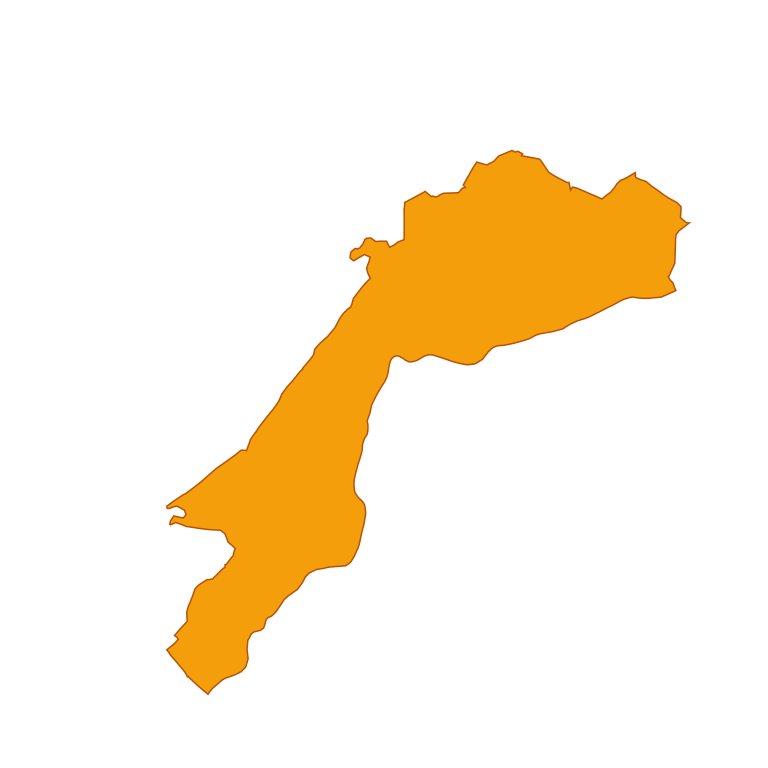 Raņķu pag., Skrundas, Latvia, rotated 49°
{"feature_id": "27541924B83019830898221", "entity_name": "Raņķu pag.", "entity_type": "district", "adm_level": 2, "iso_a3": "LVA", "parent_name": "Latvia", "parent_adm1": "Skrundas", "projection": "albers", "projection_center": [21.983, 56.757], "detail": "fine", "context": "isolated", "style": "filled", "palette": "amber", "viewbox_px": 768, "rotation_deg": 49, "n_neighbors": 0, "source": "geoboundaries", "source_scale": "gbopen_adm2", "svg_char_len": 5842}
<svg xmlns="http://www.w3.org/2000/svg" viewBox="0 0 768 768"><g transform="rotate(49 384 384)"><path d="M340.2,535.2L340.0,542.9L339.5,548.5L337.7,566.6L337.8,586.8L337.6,590.9L336.8,603.1L336.7,603.9L336.8,604.3L335.8,608.6L334.3,620.6L333.8,628.3L335.8,629.2L337.2,627.5L338.7,623.3L340.3,620.4L344.8,618.7L348.5,617.4L352.9,619.3L353.3,623.5L345.6,629.3L347.3,635.1L349.3,637.7L350.2,637.5L351.0,635.2L351.8,632.1L357.1,629.0L361.4,626.9L362.3,626.2L362.9,625.7L367.7,621.6L372.1,617.9L379.4,611.3L387.1,603.3L392.8,602.3L396.2,603.5L400.8,605.4L407.6,604.4L410.7,604.2L412.5,607.9L414.6,610.4L414.8,612.4L416.3,619.6L416.4,620.0L416.6,622.1L416.1,622.5L417.2,623.5L418.1,624.4L417.6,626.2L418.3,636.3L418.6,640.7L418.7,641.4L418.5,641.7L415.5,646.2L414.2,654.9L414.5,660.7L417.2,665.5L417.4,665.8L421.2,672.8L423.3,677.3L426.7,682.5L434.0,688.2L435.1,698.2L436.4,707.1L439.3,706.5L441.4,706.8L441.7,706.8L441.9,708.2L442.0,709.3L442.2,710.7L442.3,711.3L442.4,712.6L442.4,715.4L442.3,716.3L442.2,719.1L442.2,720.5L442.0,722.3L447.4,722.7L447.9,722.8L448.1,722.8L448.1,723.0L448.7,723.0L450.0,723.0L452.0,723.0L451.9,722.9L469.1,723.2L470.6,723.3L474.2,723.9L474.7,724.0L475.8,724.5L476.0,723.7L477.6,723.7L482.4,723.2L489.3,722.5L501.5,720.6L502.7,720.4L501.8,717.1L501.2,712.9L501.2,700.9L501.9,696.8L505.3,688.4L507.4,680.6L506.8,673.9L502.3,666.9L494.6,661.6L488.3,655.2L485.5,647.8L485.8,644.7L488.7,639.2L489.2,635.0L487.5,631.9L484.5,627.5L484.3,624.6L485.4,620.9L485.1,615.3L482.6,605.6L481.2,600.9L481.1,595.7L482.2,583.8L480.2,575.2L478.0,569.9L477.6,564.3L479.7,556.7L483.6,550.4L486.1,545.6L495.9,532.4L496.5,528.8L496.5,525.9L496.0,524.1L494.5,519.4L492.7,515.6L490.9,511.5L488.6,507.6L481.0,497.6L477.3,492.0L474.9,489.0L470.9,484.2L469.7,482.8L468.3,481.7L465.8,479.9L462.4,478.0L461.1,477.7L460.1,477.5L458.1,477.4L456.9,477.5L452.1,477.9L449.5,477.5L446.8,477.1L445.2,476.2L440.9,473.3L439.2,471.7L437.5,470.2L433.3,464.8L429.7,459.4L427.9,456.9L426.5,454.6L425.0,452.0L421.5,446.4L419.7,444.0L417.9,442.2L415.9,440.2L414.7,438.6L412.7,435.2L412.1,433.9L411.1,430.3L410.4,429.0L408.9,427.1L405.7,424.1L403.9,422.7L401.3,421.2L400.5,420.4L398.7,417.2L397.2,414.5L395.7,412.3L391.7,407.1L390.7,404.7L387.4,396.7L384.3,387.5L384.1,387.0L383.1,383.4L382.7,381.9L380.9,377.8L380.4,376.9L379.2,375.1L377.8,373.0L376.5,371.6L374.3,369.0L373.5,368.1L372.8,367.2L370.8,363.9L370.2,362.5L369.8,360.4L369.8,359.5L370.1,358.0L371.0,356.0L371.8,355.3L372.6,354.5L376.9,352.9L380.1,352.2L383.5,350.7L384.6,349.6L385.6,348.4L386.2,347.3L387.0,345.5L387.7,343.9L388.1,342.3L388.9,338.4L389.2,336.2L390.1,333.3L390.7,332.3L391.1,331.5L391.8,330.4L392.6,329.6L393.5,328.7L394.8,327.7L398.2,325.6L404.8,321.6L412.1,317.5L418.7,312.9L423.3,309.3L425.7,306.4L426.9,304.6L427.5,303.6L428.5,302.1L428.8,300.8L429.9,294.2L430.0,292.4L429.4,290.8L428.2,284.4L427.9,279.9L428.0,277.7L429.1,274.4L429.9,272.9L433.6,267.8L437.9,260.3L440.4,255.2L442.2,251.4L444.8,245.5L446.0,240.9L446.7,237.5L448.2,233.9L451.2,228.7L455.1,222.4L459.4,213.6L459.8,212.3L460.3,208.1L461.3,203.2L463.1,196.8L465.0,192.6L466.5,189.2L468.2,184.2L469.7,178.4L470.7,174.8L472.9,165.4L474.5,159.8L476.1,152.2L477.7,146.6L480.1,141.5L481.5,139.3L485.6,135.9L490.2,131.4L492.9,128.0L498.2,120.7L500.1,118.2L501.6,113.7L504.3,104.8L504.9,102.3L502.5,101.7L497.2,99.6L493.2,99.8L492.1,99.6L489.9,99.1L489.4,99.0L489.5,98.4L489.5,98.1L489.4,97.9L489.1,97.1L488.4,95.6L487.4,93.5L486.9,92.4L485.5,89.4L484.4,86.9L483.7,85.4L475.1,77.3L465.3,68.3L462.9,65.5L461.9,60.9L462.7,47.9L461.0,49.8L456.2,50.7L452.9,51.1L448.5,46.6L445.0,43.5L439.4,43.9L429.8,47.4L424.1,49.0L423.8,49.0L420.4,49.7L416.8,50.5L413.1,51.5L409.9,52.3L402.9,53.4L399.8,55.3L398.6,56.1L393.4,58.5L391.5,57.8L390.9,56.7L390.0,56.2L389.3,55.7L387.5,65.5L386.8,68.0L386.5,69.5L385.5,71.4L385.6,74.9L385.8,77.0L387.0,81.3L387.4,84.2L388.0,87.3L387.4,92.5L387.4,98.1L381.3,100.9L376.7,103.2L370.5,106.1L366.3,108.2L364.1,109.2L363.2,109.6L363.0,109.8L359.0,112.4L360.0,116.0L357.8,114.7L354.4,112.9L354.3,112.5L353.4,112.4L353.0,112.3L352.8,112.8L352.3,113.3L351.0,114.2L348.9,114.9L348.8,115.0L338.3,119.0L332.6,120.7L326.9,120.1L321.9,119.5L317.9,119.0L316.7,119.0L315.6,119.6L302.0,130.4L301.3,128.4L296.2,130.3L294.8,133.0L291.7,134.2L287.2,147.8L288.0,155.2L286.0,162.9L277.4,168.4L279.1,174.6L279.3,175.2L280.3,178.1L283.9,188.3L285.9,193.7L289.0,193.6L288.9,193.9L287.6,196.6L288.4,201.3L288.3,201.9L288.3,202.4L288.1,202.8L285.8,205.7L282.9,209.2L279.2,213.8L279.1,214.0L277.9,217.8L277.8,218.0L277.7,220.4L276.3,222.8L274.2,223.8L273.8,225.0L273.7,225.3L266.0,226.6L265.5,226.6L265.4,228.3L264.0,234.4L262.7,240.2L260.6,249.2L263.0,251.5L265.6,254.5L268.8,257.1L276.0,263.3L281.1,267.8L285.4,271.6L286.1,272.1L286.2,272.3L286.5,272.5L288.2,274.1L286.0,280.4L285.7,285.3L285.2,287.4L284.5,290.0L281.4,289.4L278.0,288.4L276.7,289.8L273.6,293.4L270.9,296.8L265.2,298.1L263.4,300.4L262.7,301.4L262.7,302.2L262.4,303.6L262.9,304.7L264.4,307.8L265.4,313.1L264.5,315.7L263.2,316.3L262.7,317.5L262.6,321.9L263.6,323.8L266.6,326.9L269.2,326.5L271.2,326.0L271.9,321.5L273.4,313.9L279.2,311.2L281.6,314.7L283.4,318.1L285.4,321.3L289.1,323.2L292.3,324.3L295.3,324.9L295.6,330.2L296.3,336.1L298.2,345.4L298.8,348.3L299.4,351.0L299.5,351.2L302.9,356.3L304.0,358.8L303.7,361.1L303.9,365.9L304.3,369.5L304.4,370.0L304.5,370.4L305.5,374.3L307.5,379.6L309.3,383.8L311.2,395.8L311.2,403.2L311.4,406.5L311.9,411.1L312.1,411.2L312.3,413.5L315.6,417.8L316.7,421.9L317.5,426.8L318.7,434.8L318.9,435.6L319.0,435.7L319.4,435.7L319.4,438.6L320.6,445.2L321.6,451.0L322.2,455.9L322.6,459.1L324.5,467.5L327.9,474.5L329.1,478.6L329.3,479.7L330.8,486.6L330.8,486.9L331.5,491.3L332.9,498.2L333.9,503.7L334.7,507.1L335.6,510.2L337.1,516.5L338.1,520.8L344.0,531.3L340.2,535.2Z" fill="#f59e0b" stroke="#b45309" stroke-width="1.5"/></g></svg>